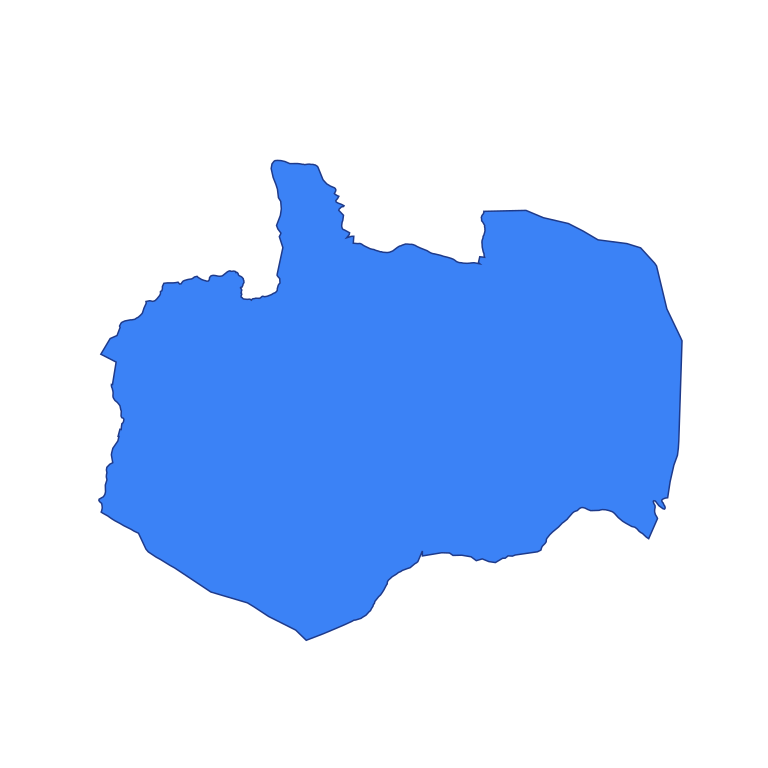 San Juan Cancuc, Chiapas, Mexico, rotated 260°
{"feature_id": "50627088B84437137073669", "entity_name": "San Juan Cancuc", "entity_type": "district", "adm_level": 2, "iso_a3": "MEX", "parent_name": "Mexico", "parent_adm1": "Chiapas", "projection": "natural_earth1", "projection_center": [-92.376, 16.931], "detail": "fine", "context": "isolated", "style": "filled", "palette": "blue", "viewbox_px": 768, "rotation_deg": 260, "n_neighbors": 0, "source": "geoboundaries", "source_scale": "gbopen_adm2", "svg_char_len": 6148}
<svg xmlns="http://www.w3.org/2000/svg" viewBox="0 0 768 768"><g transform="rotate(260 384 384)"><path d="M594.3,312.9L585.8,312.4L581.8,314.0L574.3,313.3L568.0,311.2L558.8,305.7L555.1,306.4L550.5,308.7L549.3,308.0L547.3,306.5L535.9,308.1L510.5,297.8L509.5,297.6L508.2,298.2L505.9,299.6L501.5,299.1L500.7,298.0L499.6,297.0L496.5,295.5L494.7,295.1L493.9,294.3L492.9,292.9L492.4,290.6L491.6,288.7L490.7,284.2L490.7,281.6L491.3,280.3L491.5,279.5L491.3,278.9L490.3,277.3L490.0,276.3L490.8,272.3L490.6,271.6L490.7,269.8L490.6,269.2L489.6,267.9L490.4,267.3L490.9,266.4L491.1,264.0L492.1,260.5L492.6,259.9L493.8,259.2L494.2,258.5L495.4,258.5L497.0,259.5L497.7,259.4L497.9,259.1L498.5,259.0L499.0,259.5L500.4,259.7L501.2,260.3L501.6,260.0L502.5,260.0L503.3,259.4L503.8,259.4L504.1,259.8L504.1,261.0L505.7,262.1L506.8,262.5L508.2,263.7L510.3,263.9L511.2,263.6L512.1,263.7L513.8,262.7L514.8,261.7L515.8,260.2L516.9,259.5L517.9,259.5L518.3,259.4L519.1,258.9L519.4,258.6L519.5,257.5L520.1,257.6L520.5,257.4L521.3,255.7L521.4,253.5L521.7,252.6L522.2,252.0L522.1,250.6L521.6,249.1L518.9,244.2L518.6,243.4L518.5,242.6L518.6,241.0L519.0,239.4L520.0,237.0L520.6,235.0L520.7,233.6L520.4,232.1L519.1,230.7L517.1,230.1L516.0,229.0L515.9,228.4L516.1,227.1L516.7,226.2L517.3,224.8L518.6,222.5L521.2,219.5L522.5,218.6L522.3,215.9L521.4,214.2L520.9,212.8L521.0,209.1L520.6,205.5L520.2,204.0L519.1,202.7L517.9,201.6L518.0,200.0L520.0,198.9L520.0,196.5L520.2,193.7L521.2,188.1L521.4,184.7L518.5,182.7L516.3,182.3L514.4,181.4L513.9,179.9L511.6,179.5L510.1,178.4L507.3,175.2L505.9,173.1L505.6,171.7L505.6,170.3L506.4,168.6L506.7,167.6L506.6,163.9L504.9,163.9L500.4,160.8L496.4,158.7L495.5,158.1L494.0,156.1L492.4,153.5L492.0,152.0L491.0,149.8L491.0,146.6L491.2,145.3L491.1,139.8L490.3,136.7L489.7,135.7L487.0,133.6L485.5,133.9L478.1,129.5L476.3,122.2L462.5,110.3L452.1,124.0L430.6,116.5L430.9,115.5L430.1,115.4L429.8,115.2L428.0,115.3L426.5,115.7L425.6,115.6L424.6,115.8L422.3,115.7L419.4,115.0L418.2,114.9L416.9,115.2L414.5,116.2L412.3,118.1L409.7,119.6L408.3,120.2L404.3,120.3L403.1,120.6L398.2,119.5L397.1,119.7L396.3,120.0L395.8,121.0L395.1,121.5L394.3,121.7L392.3,121.0L391.6,120.5L390.9,119.9L390.5,119.0L387.9,118.1L384.8,117.3L385.3,116.1L378.6,113.0L378.4,113.9L374.1,112.0L367.8,105.8L363.6,103.9L361.6,103.2L353.6,103.2L352.6,100.0L350.1,96.6L347.6,95.7L344.7,95.7L342.8,94.9L340.7,94.4L337.7,94.5L332.9,92.0L326.1,91.0L323.7,89.9L321.7,88.1L320.0,83.4L318.7,83.0L317.4,83.6L315.4,85.2L313.0,85.2L310.8,85.0L308.1,83.9L307.0,83.2L305.9,84.3L302.0,89.1L298.8,92.2L296.1,95.2L292.6,99.7L289.6,103.2L284.9,109.6L282.5,112.3L279.7,116.3L262.7,120.9L259.6,122.7L253.1,129.5L250.0,133.4L242.6,141.7L239.2,145.9L209.2,177.4L192.2,211.5L187.1,217.3L175.1,230.0L157.0,254.3L145.1,262.9L148.6,280.9L151.9,295.4L154.2,305.0L156.0,311.7L156.6,313.2L156.5,315.1L157.2,320.7L157.9,322.1L159.5,326.2L162.4,329.9L163.1,331.3L164.8,332.5L167.1,334.6L168.4,335.1L169.7,336.5L171.4,337.2L175.5,341.8L176.9,344.0L178.9,346.0L181.1,348.0L185.5,351.4L186.5,352.4L188.6,353.0L190.0,354.2L192.8,358.6L194.6,363.2L195.9,365.6L196.4,367.9L197.2,369.6L198.2,375.0L198.6,377.9L201.6,383.1L202.3,385.0L203.2,386.5L212.9,392.8L208.0,392.0L207.8,411.5L206.2,419.2L203.2,422.2L201.9,430.8L198.7,439.8L194.0,444.2L194.7,450.4L190.9,456.4L188.8,462.7L191.8,470.6L191.4,473.1L193.2,476.4L192.2,480.6L192.8,483.6L192.1,506.0L193.2,509.7L195.5,510.8L196.8,511.8L199.0,514.9L200.4,516.3L202.6,516.9L203.5,517.4L206.8,521.1L209.0,524.3L212.8,531.0L216.2,535.6L216.6,536.6L219.1,541.1L220.0,542.0L223.2,546.0L224.2,547.2L225.3,549.3L225.8,552.4L227.5,555.0L228.0,556.8L227.8,558.4L226.9,560.4L225.0,562.9L223.4,565.6L222.2,573.9L222.4,575.3L222.4,577.3L222.0,578.9L221.7,580.3L220.3,583.6L218.5,586.8L216.6,588.5L211.8,591.5L207.4,595.2L205.0,597.9L200.7,603.2L199.4,606.2L197.3,608.1L194.9,609.5L193.2,611.0L191.9,612.6L187.7,615.7L185.7,617.8L204.0,630.0L205.4,629.7L208.3,628.6L211.0,628.3L213.2,628.7L215.5,629.6L217.2,629.8L219.7,628.9L221.8,628.8L222.2,629.5L221.6,630.9L216.4,633.6L212.7,637.1L212.1,638.5L212.6,639.1L213.5,639.4L214.3,639.4L215.3,639.2L216.3,638.7L218.5,638.2L218.9,637.8L220.2,637.3L220.9,637.3L221.7,637.7L222.4,639.1L222.8,641.3L222.7,643.6L238.1,648.8L253.8,655.4L262.8,660.6L269.6,662.7L276.6,664.4L374.8,685.0L379.1,683.9L408.8,675.6L452.9,672.9L456.0,671.5L473.5,660.4L480.1,647.6L488.8,619.8L500.0,606.7L510.0,593.5L520.1,569.8L530.3,554.0L536.7,512.3L535.9,512.3L535.4,511.9L534.5,511.5L533.0,509.8L531.0,508.7L529.9,508.8L527.7,508.5L526.7,509.2L522.6,510.7L521.3,510.3L519.9,510.5L519.1,510.2L517.9,510.2L516.4,509.7L513.3,508.2L512.3,507.3L510.3,506.7L509.4,506.1L508.0,505.4L506.2,505.0L504.7,504.9L501.8,504.5L496.8,504.7L495.1,505.1L493.1,504.9L491.3,505.1L492.7,500.4L487.2,498.1L485.7,499.3L487.8,493.7L488.1,490.6L488.1,489.6L488.4,486.8L489.3,482.9L489.9,481.5L490.5,479.2L490.9,478.4L492.0,476.6L492.9,475.9L494.7,474.1L496.1,471.9L497.9,468.3L499.4,464.8L500.8,462.3L503.4,456.3L503.9,454.8L504.5,453.6L505.7,451.9L507.8,449.6L511.7,443.3L513.7,440.4L515.0,438.9L516.3,436.7L516.8,435.3L517.0,433.9L517.7,431.5L518.1,429.5L517.6,426.0L517.2,425.0L517.1,423.2L516.2,420.9L513.5,415.7L512.8,412.3L512.9,410.0L514.0,405.6L514.6,404.7L514.9,403.2L515.7,401.9L517.1,399.0L518.2,397.4L518.6,396.1L519.6,393.9L522.9,389.3L523.9,388.0L525.7,386.2L526.6,384.7L526.8,382.6L528.0,378.2L534.7,379.9L535.1,377.5L534.5,372.6L537.0,375.6L538.9,376.4L542.5,371.9L543.3,370.6L543.9,370.1L545.8,369.7L547.3,369.8L550.5,370.8L552.2,371.8L557.2,373.4L562.9,369.6L564.0,370.2L565.8,372.9L565.8,375.0L566.5,375.6L568.3,373.3L570.0,370.4L571.4,368.6L572.9,368.3L574.7,370.5L576.7,372.1L577.7,370.6L579.0,369.1L580.2,368.2L582.4,369.9L583.5,370.3L584.9,370.0L585.8,369.3L588.2,365.6L591.0,362.4L594.1,360.4L595.8,359.4L608.6,356.7L609.8,356.3L611.6,354.4L612.0,353.3L612.6,352.2L613.0,350.0L613.4,349.1L613.7,347.1L613.8,343.9L614.4,342.7L614.6,341.4L614.9,340.9L615.5,339.2L616.1,337.2L617.4,329.5L620.3,325.1L621.9,321.3L622.7,317.9L622.9,315.5L622.4,314.3L620.2,311.9L615.8,310.3L606.7,310.7L599.4,312.2L594.3,312.9Z" fill="#3b82f6" stroke="#1e3a8a" stroke-width="1.5"/></g></svg>